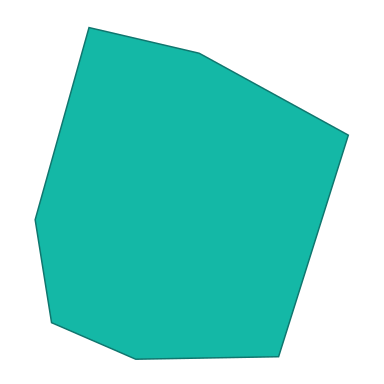 the district of Kuvasay city, Ferghana, Uzbekistan, rotated 89°
{"feature_id": "79887680B20364300518134", "entity_name": "Kuvasay city", "entity_type": "district", "adm_level": 2, "iso_a3": "UZB", "parent_name": "Uzbekistan", "parent_adm1": "Ferghana", "projection": "mercator", "projection_center": [71.944, 40.33], "detail": "fine", "context": "isolated", "style": "filled", "palette": "teal", "viewbox_px": 384, "rotation_deg": 89, "n_neighbors": 0, "source": "geoboundaries", "source_scale": "gbopen_adm2", "svg_char_len": 263}
<svg xmlns="http://www.w3.org/2000/svg" viewBox="0 0 384 384"><g transform="rotate(89 192 192)"><path d="M320.2,334.7L358.2,251.2L358.2,108.3L137.9,34.7L53.4,182.4L25.8,292.1L217.0,349.3L320.2,334.7Z" fill="#14b8a6" stroke="#0f766e" stroke-width="1.5"/></g></svg>